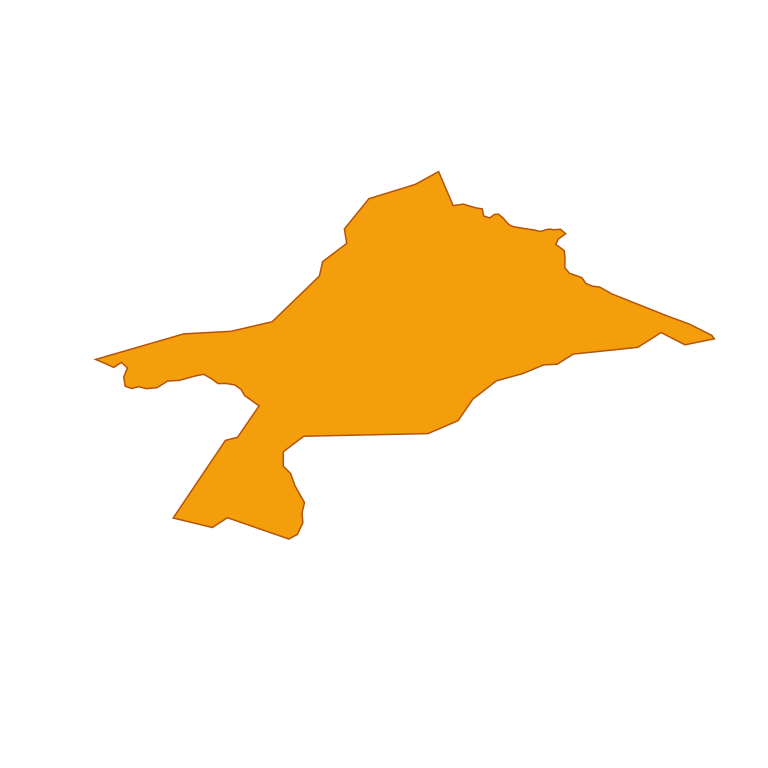 Palmitas, Soriano, Uruguay (Albers equal-area conic projection), rotated 301°
{"feature_id": "84410073B71248424630997", "entity_name": "Palmitas", "entity_type": "district", "adm_level": 2, "iso_a3": "URY", "parent_name": "Uruguay", "parent_adm1": "Soriano", "projection": "albers", "projection_center": [-57.799, -33.471], "detail": "fine", "context": "isolated", "style": "filled", "palette": "amber", "viewbox_px": 768, "rotation_deg": 301, "n_neighbors": 0, "source": "geoboundaries", "source_scale": "gbopen_adm2", "svg_char_len": 1323}
<svg xmlns="http://www.w3.org/2000/svg" viewBox="0 0 768 768"><g transform="rotate(301 384 384)"><path d="M160.5,272.3L167.5,294.5L172.6,310.8L188.7,318.6L202.1,382.3L210.5,387.2L223.3,385.9L231.2,380.2L241.4,376.9L250.9,360.1L259.1,350.2L261.7,340.0L274.1,332.6L297.9,342.1L364.1,447.2L390.8,466.4L416.6,467.9L444.6,478.7L464.2,497.4L482.6,511.0L490.1,522.2L507.1,530.8L546.2,582.7L570.8,595.0L572.6,621.8L592.9,643.9L594.5,639.9L592.6,614.7L588.4,593.0L578.6,533.2L578.2,519.1L575.1,511.8L574.2,505.2L577.1,498.8L574.4,485.7L576.8,479.1L585.0,474.4L591.2,469.8L592.1,459.4L598.2,458.8L602.7,460.7L606.4,462.3L607.5,455.5L603.7,450.2L602.0,446.0L599.3,443.1L595.3,439.6L593.3,433.2L589.4,423.9L585.6,414.2L584.9,409.8L585.4,407.3L587.6,400.7L588.5,394.6L586.2,391.3L580.7,389.0L579.4,382.9L584.7,378.0L582.3,372.0L579.0,359.3L572.5,351.4L594.2,321.4L571.1,307.9L535.1,275.6L496.5,270.2L485.3,279.6L457.3,268.4L443.3,273.0L379.8,256.1L350.3,225.6L323.7,186.4L256.5,124.1L257.9,133.8L259.0,143.8L267.3,147.8L265.6,155.8L255.9,157.3L248.8,163.3L250.2,170.1L255.3,175.0L257.6,182.7L263.9,191.3L275.1,197.0L281.7,206.7L293.7,218.1L299.4,224.4L299.7,232.4L298.9,241.6L303.2,248.5L306.3,256.5L305.8,264.2L302.3,270.5L300.9,288.2L262.9,285.9L254.0,277.1L160.5,272.3Z" fill="#f59e0b" stroke="#b45309" stroke-width="1.5"/></g></svg>